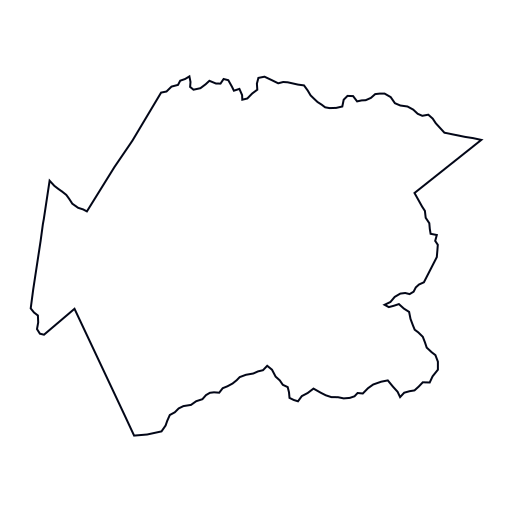 outline of São Sebastião do Passé, Bahia, Brazil
{"feature_id": "56859067B57148089527577", "entity_name": "São Sebastião do Passé", "entity_type": "district", "adm_level": 2, "iso_a3": "BRA", "parent_name": "Brazil", "parent_adm1": "Bahia", "projection": "robinson", "projection_center": [-38.471, -12.522], "detail": "fine", "context": "isolated", "style": "outline", "palette": "ink", "viewbox_px": 512, "rotation_deg": 0, "n_neighbors": 0, "source": "geoboundaries", "source_scale": "gbopen_adm2", "svg_char_len": 2410}
<svg xmlns="http://www.w3.org/2000/svg" viewBox="0 0 512 512"><path d="M40.6,241.0L33.2,289.5L30.7,308.4L34.0,312.5L37.9,315.5L38.2,322.4L37.0,329.1L39.9,333.7L44.0,334.7L74.5,308.8L124.5,415.0L134.1,435.6L147.2,434.5L161.5,431.4L165.6,425.5L167.2,420.9L169.8,415.0L174.8,412.3L178.7,408.4L183.4,406.1L191.0,404.9L196.2,401.2L202.4,399.2L206.0,395.1L209.9,392.8L214.0,392.3L219.2,392.7L222.7,388.2L227.4,386.3L232.6,383.5L236.7,380.2L239.7,377.1L245.9,374.8L253.3,373.5L258.0,371.4L263.0,370.2L267.2,365.8L272.0,369.7L275.6,376.6L279.8,380.4L282.8,384.8L287.7,387.1L289.0,392.3L289.5,397.9L293.8,400.0L298.0,401.3L301.8,396.1L307.7,393.0L313.5,388.6L320.7,392.7L325.8,395.3L331.3,397.1L338.0,397.2L343.7,398.4L349.8,397.9L354.5,396.3L357.6,393.0L362.8,393.5L368.0,388.2L373.2,384.5L381.2,381.7L387.8,380.4L392.9,386.6L397.6,391.8L400.1,397.1L404.2,392.7L409.6,391.2L414.5,390.4L418.7,386.6L422.8,382.3L429.7,382.5L432.6,376.3L437.9,369.7L437.9,361.7L435.4,355.1L431.6,352.2L426.7,347.6L425.0,342.5L422.8,336.8L418.3,332.4L414.7,329.7L412.9,325.3L410.5,318.9L409.1,311.9L403.9,308.6L398.9,304.1L393.7,305.8L388.8,307.1L384.6,304.8L390.4,302.0L394.7,296.9L400.3,293.6L405.2,293.0L409.6,294.1L413.6,291.7L415.8,287.4L419.0,284.5L423.9,282.3L436.8,257.1L437.4,250.2L437.8,244.8L435.2,240.9L436.8,235.0L430.6,233.8L429.8,228.9L429.3,223.2L425.7,217.8L424.9,210.9L422.1,206.6L418.7,200.5L414.5,193.0L481.3,139.9L473.0,138.1L465.1,136.9L444.4,132.7L440.2,128.1L435.8,123.3L432.7,118.6L428.3,114.7L422.3,115.8L417.7,113.8L413.2,109.6L407.5,106.5L400.3,105.5L394.9,103.2L390.7,97.1L384.6,93.6L379.7,93.6L375.2,94.1L370.9,97.9L365.7,100.2L361.6,100.4L357.1,101.4L353.1,96.1L347.5,95.9L343.7,99.7L342.3,106.5L336.2,107.9L329.5,108.1L325.1,107.3L321.7,104.7L317.5,102.0L313.8,98.5L310.6,95.4L307.7,90.5L304.0,85.4L298.0,84.6L292.2,83.3L287.7,82.3L283.2,82.0L278.2,83.3L271.9,80.2L264.5,76.7L258.4,77.9L256.9,83.6L257.3,89.7L252.2,93.5L247.3,98.5L242.3,99.7L242.1,95.1L239.4,88.9L233.9,90.7L231.9,86.6L228.3,80.2L223.6,79.0L220.5,83.6L215.9,83.5L209.4,80.8L205.6,84.3L200.4,88.2L193.5,89.7L190.1,86.9L190.5,82.0L189.4,76.4L185.1,79.0L180.2,80.7L178.0,84.9L171.5,86.6L166.5,91.5L161.1,92.6L132.5,140.5L129.6,144.8L114.4,167.1L86.9,211.4L83.1,209.4L78.1,207.8L72.3,203.7L69.2,198.9L66.3,194.9L62.4,191.8L58.3,188.9L54.4,185.9L49.6,180.7L43.8,219.1L42.9,224.0L40.6,241.0Z" fill="none" stroke="#020617" stroke-width="2"/></svg>